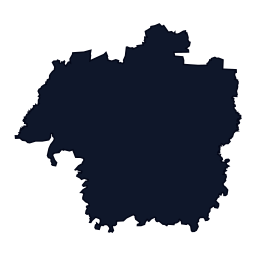 Pénjamo, Guanajuato, Mexico
{"feature_id": "50627088B98341179464561", "entity_name": "Pénjamo", "entity_type": "district", "adm_level": 2, "iso_a3": "MEX", "parent_name": "Mexico", "parent_adm1": "Guanajuato", "projection": "mercator", "projection_center": [-101.833, 20.405], "detail": "fine", "context": "isolated", "style": "filled", "palette": "ink", "viewbox_px": 256, "rotation_deg": 0, "n_neighbors": 0, "source": "geoboundaries", "source_scale": "gbopen_adm2", "svg_char_len": 5772}
<svg xmlns="http://www.w3.org/2000/svg" viewBox="0 0 256 256"><path d="M72.8,52.9L72.6,54.5L70.1,58.9L70.5,62.8L69.5,62.0L68.3,62.3L66.0,66.0L64.6,65.0L64.0,63.8L64.6,61.5L64.3,61.1L62.5,62.7L61.6,61.5L61.8,62.8L60.8,63.4L59.4,63.0L59.4,60.9L57.5,60.2L57.0,61.1L53.8,61.2L52.5,62.4L54.9,66.9L54.3,70.3L52.6,71.5L50.4,74.3L49.7,75.7L49.6,78.9L47.4,79.9L46.9,82.2L46.0,82.1L45.8,83.7L46.2,84.4L44.2,85.0L41.8,86.6L40.9,88.4L39.1,89.3L38.2,91.1L39.9,95.0L38.6,96.3L39.3,96.7L39.7,98.0L38.5,100.0L38.5,102.8L39.1,103.6L38.2,104.0L38.3,104.5L37.5,105.2L36.6,105.4L35.8,104.6L35.6,105.6L33.6,105.8L33.8,107.6L32.8,108.3L33.0,109.0L32.0,109.5L31.1,109.2L30.9,110.6L29.9,111.7L29.2,111.1L29.2,112.0L28.3,112.2L29.0,113.0L28.3,113.2L28.4,113.8L26.9,114.5L25.7,117.1L24.5,117.2L24.6,118.3L25.7,118.7L24.0,120.0L23.6,119.7L23.2,120.7L23.7,121.3L24.9,121.5L24.7,123.3L26.8,123.7L27.0,126.4L24.1,126.2L23.7,127.4L22.6,127.3L23.1,128.3L22.7,128.7L20.9,128.3L20.9,129.9L20.4,129.8L20.0,131.2L20.2,132.4L19.1,132.8L19.7,133.5L18.0,135.9L15.4,135.8L15.6,138.2L19.9,138.0L22.4,140.2L25.7,140.6L27.7,142.4L29.7,142.7L35.6,140.9L42.4,140.9L48.7,139.8L50.3,137.4L50.7,133.8L51.6,133.3L52.7,133.6L52.7,136.0L54.3,137.7L54.3,139.4L53.7,140.9L50.8,144.6L49.1,148.4L47.5,155.6L48.4,157.5L51.1,158.5L51.1,161.3L52.2,163.1L51.8,164.5L52.7,165.2L55.6,165.7L56.6,162.7L54.6,160.2L52.6,155.6L52.7,154.3L54.4,153.0L59.1,152.4L58.8,150.7L59.3,151.4L60.2,151.1L60.5,150.0L63.4,149.4L63.5,150.0L64.6,149.6L69.5,150.8L72.8,149.7L75.7,157.2L80.7,157.3L83.7,158.4L84.0,160.4L82.5,162.6L82.5,163.7L78.7,165.8L75.2,169.7L75.7,169.9L77.0,169.0L78.1,170.0L81.8,171.3L81.3,173.0L78.5,172.3L78.7,174.3L77.2,175.0L76.8,176.1L80.2,177.9L81.5,179.3L84.2,178.2L88.2,179.6L87.9,181.0L85.7,181.4L82.6,185.1L83.4,186.2L86.8,185.7L87.2,187.4L83.2,189.7L80.8,192.4L82.3,192.5L84.0,193.7L82.9,197.4L82.9,199.0L85.8,201.8L88.3,202.8L89.2,204.9L89.2,205.8L87.1,206.0L86.5,206.9L87.5,208.5L86.2,210.8L85.8,213.4L87.0,214.2L89.1,213.8L89.7,216.0L91.0,217.9L90.0,218.5L90.5,220.2L89.7,222.3L90.8,222.4L91.9,220.5L95.7,217.1L99.4,218.5L100.4,219.6L100.5,221.6L99.5,224.7L98.6,224.7L96.7,223.2L96.8,224.4L95.6,225.0L95.0,227.5L95.7,228.7L99.2,229.3L100.1,226.3L101.6,224.9L103.1,225.5L104.4,224.5L106.3,224.4L107.9,225.1L109.5,227.1L110.1,229.2L109.1,230.3L108.7,231.7L109.4,231.9L111.0,231.1L112.3,232.0L113.4,230.5L112.1,226.4L112.8,225.5L115.0,225.4L116.3,224.3L116.5,221.1L123.4,220.7L126.4,217.9L133.4,214.5L135.6,216.1L135.2,217.0L135.8,219.2L139.8,222.2L139.5,223.7L137.5,224.5L137.4,225.5L141.1,225.5L144.5,224.3L145.0,222.5L146.9,219.5L147.6,219.5L148.3,221.0L148.9,221.2L151.3,218.7L154.6,217.1L155.8,217.8L155.5,219.5L156.5,221.2L157.4,221.5L159.0,220.9L163.0,224.2L164.6,224.2L166.8,225.5L167.8,224.1L173.9,224.5L174.3,223.1L176.7,222.6L178.8,221.3L179.2,219.5L179.7,219.3L181.5,221.3L181.8,223.7L186.4,224.3L187.4,223.6L188.7,223.8L190.8,226.1L191.5,230.6L192.2,231.4L194.4,231.3L196.3,230.2L198.1,226.6L196.8,222.9L198.5,221.3L198.2,219.9L199.3,218.1L200.0,217.5L203.3,217.3L204.6,218.1L205.5,220.4L207.6,220.1L208.9,218.8L207.3,217.1L208.1,215.9L208.0,213.4L209.8,211.2L209.9,208.4L213.9,205.6L214.8,207.4L217.6,207.9L218.5,206.0L218.6,203.8L215.5,200.8L217.4,197.6L218.8,196.8L218.7,195.0L219.3,194.0L220.9,194.9L221.7,193.0L222.9,192.3L223.8,193.1L224.0,195.4L225.6,195.4L226.9,194.3L227.6,190.0L225.4,187.2L223.9,186.2L222.7,183.8L225.6,180.5L225.2,179.2L226.2,176.9L225.8,174.8L223.3,174.2L224.5,173.0L223.7,172.0L224.1,171.0L224.6,171.4L226.2,170.6L225.3,169.8L225.3,167.9L227.0,167.7L227.1,166.9L228.8,166.1L226.4,164.5L226.0,162.7L228.8,161.4L229.3,160.2L228.3,159.3L226.0,159.6L225.0,160.6L225.5,162.4L222.1,162.2L220.8,160.4L222.3,159.6L222.1,158.2L219.9,156.1L220.3,154.8L219.0,155.0L217.7,154.3L218.2,152.9L219.6,152.9L219.5,151.7L218.3,151.8L219.8,149.8L219.4,149.1L219.9,147.9L219.4,147.6L219.6,146.7L219.0,146.6L219.3,145.8L221.2,145.8L220.8,145.1L221.3,143.7L222.6,144.3L223.4,145.3L225.6,143.5L228.1,143.5L230.0,141.5L229.2,140.4L229.6,138.6L230.9,138.4L231.6,137.1L232.4,136.8L233.5,133.0L235.5,131.0L237.7,130.8L236.7,130.1L238.3,129.2L237.8,128.3L238.1,127.2L236.9,127.0L237.4,125.2L236.6,125.0L236.7,124.1L237.8,124.4L238.0,123.6L239.1,123.4L239.4,122.4L238.2,120.9L237.3,121.1L237.2,120.4L238.5,120.4L237.9,119.5L238.1,119.0L238.8,119.5L240.4,118.7L239.9,118.4L240.6,117.9L240.0,117.3L240.6,116.7L240.6,115.5L238.5,114.9L238.8,113.7L237.7,113.5L237.7,112.5L236.2,112.8L235.9,110.9L233.9,108.5L233.7,107.0L235.2,106.2L235.0,105.1L233.5,104.4L234.1,101.4L233.3,100.8L233.7,98.4L232.9,98.0L232.1,98.4L231.8,97.7L233.1,96.1L236.7,96.4L236.5,94.8L237.1,94.6L236.3,91.0L237.5,87.7L237.2,86.8L237.6,86.3L237.3,85.1L238.0,83.5L238.0,81.7L237.4,81.3L237.5,80.2L234.9,79.2L235.7,78.3L234.4,74.9L235.2,72.0L236.2,72.2L236.1,69.8L222.6,69.2L223.0,59.9L218.5,58.2L216.6,58.4L214.9,57.4L211.5,58.6L211.1,60.1L209.8,59.9L209.6,60.9L208.1,63.1L207.2,63.5L207.1,65.3L198.1,65.5L183.5,64.5L183.6,60.3L182.7,56.9L174.5,56.2L173.8,52.2L188.5,52.0L188.4,50.0L185.9,48.3L189.3,45.8L190.0,42.3L188.9,41.9L187.8,40.1L188.0,37.4L186.7,32.9L185.5,33.4L185.4,30.9L183.3,31.3L179.2,33.7L177.3,34.2L174.9,34.0L174.8,32.3L174.1,33.2L172.5,32.7L171.7,31.7L168.3,32.2L163.7,25.6L161.8,26.6L159.3,24.0L155.0,25.8L151.0,26.6L150.7,28.3L145.4,31.4L146.1,35.3L147.1,37.1L144.8,37.1L144.9,39.2L144.4,40.5L145.3,42.3L144.2,43.0L142.8,42.7L143.1,45.0L137.2,45.8L137.6,47.1L133.1,49.0L132.7,47.9L129.5,48.2L128.7,47.5L126.8,48.4L127.0,47.1L126.5,47.2L125.5,55.9L123.6,60.2L124.0,62.2L122.6,63.6L120.4,62.7L120.3,63.2L118.0,62.6L118.5,60.7L115.8,59.8L111.8,61.2L108.1,60.3L106.7,55.8L107.3,55.9L106.0,52.5L104.0,54.5L89.9,60.9L90.5,55.2L90.1,54.1L90.8,50.3L83.8,52.2L72.8,52.9Z" fill="#0f172a" stroke="#020617" stroke-width="1.5"/></svg>